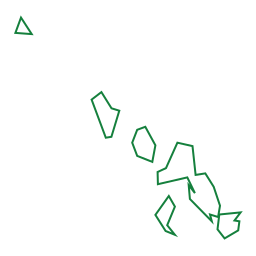 outline of Western
{"feature_id": "SLB-3507", "entity_name": "Western", "entity_type": "Province", "adm_level": 1, "iso_a3": "SLB", "parent_name": "Solomon Islands", "parent_adm1": "", "projection": "equal_earth", "projection_center": [157.155, -7.826], "detail": "coarse", "context": "isolated", "style": "outline", "palette": "green", "viewbox_px": 256, "rotation_deg": 0, "n_neighbors": 0, "source": "natural_earth", "source_scale": "10m", "svg_char_len": 721}
<svg xmlns="http://www.w3.org/2000/svg" viewBox="0 0 256 256"><path d="M210.0,214.5L211.8,221.3L189.9,199.0L188.7,185.1L194.9,193.1L187.3,177.4L157.9,184.2L157.6,172.0L166.0,168.1L177.4,142.7L192.5,146.1L195.6,174.9L205.3,173.4L213.7,186.8L220.0,205.7L218.1,217.0L210.0,214.5ZM119.3,110.7L111.4,136.8L105.8,137.7L91.6,99.6L101.4,92.1L111.5,108.3L119.3,110.7ZM152.3,161.9L137.2,155.9L132.2,142.7L137.2,129.8L145.3,126.8L155.4,145.3L152.3,161.9ZM219.3,214.5L240.6,212.4L234.5,220.5L239.4,221.3L238.2,230.4L224.6,238.4L217.5,229.3L219.3,214.5ZM174.9,206.6L167.2,225.2L174.9,234.8L165.6,231.0L155.4,214.9L168.8,196.0L174.9,206.6ZM21.0,17.6L31.7,34.1L15.4,32.9L21.0,17.6Z" fill="none" stroke="#15803d" stroke-width="2"/></svg>